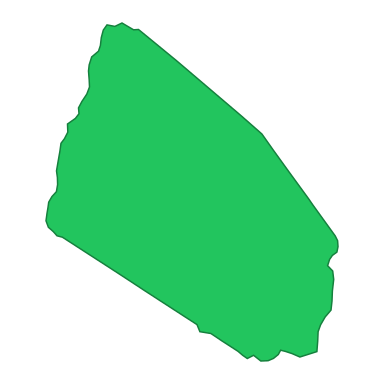 the district of Almadina, Bahia, Brazil
{"feature_id": "56859067B14029450642321", "entity_name": "Almadina", "entity_type": "district", "adm_level": 2, "iso_a3": "BRA", "parent_name": "Brazil", "parent_adm1": "Bahia", "projection": "natural_earth1", "projection_center": [-39.669, -14.695], "detail": "fine", "context": "isolated", "style": "filled", "palette": "green", "viewbox_px": 384, "rotation_deg": 0, "n_neighbors": 0, "source": "geoboundaries", "source_scale": "gbopen_adm2", "svg_char_len": 1105}
<svg xmlns="http://www.w3.org/2000/svg" viewBox="0 0 384 384"><path d="M316.9,351.6L317.7,341.3L318.1,331.7L320.6,324.8L325.2,316.9L331.0,310.1L332.0,301.0L332.4,291.0L333.7,279.4L332.7,271.0L327.6,265.7L329.6,259.4L332.4,255.4L336.9,252.1L338.0,246.7L337.6,240.7L335.2,235.9L312.8,204.9L308.4,198.5L288.7,171.5L273.2,150.0L261.9,134.0L240.5,115.2L176.4,60.6L138.5,29.5L133.6,29.8L129.3,27.3L122.0,23.0L114.9,26.4L107.0,24.9L103.3,30.1L101.3,37.6L100.4,45.5L98.5,51.2L91.7,56.9L89.2,64.8L88.5,71.0L89.2,80.2L89.5,87.0L86.8,94.1L81.9,101.5L78.5,107.9L79.0,113.7L75.4,118.4L67.5,124.0L67.8,132.2L64.4,138.8L61.0,143.3L59.9,151.3L58.1,161.5L56.5,170.9L57.4,177.5L57.6,184.6L56.4,191.7L52.0,196.5L48.7,202.2L48.0,207.4L47.0,213.4L46.0,220.8L48.4,227.3L53.3,231.6L57.0,235.8L62.4,237.2L107.4,266.3L120.2,274.6L126.3,278.6L144.7,290.7L174.6,310.1L197.0,324.6L199.9,331.7L210.9,333.5L222.2,341.1L238.0,351.3L242.7,355.3L247.3,358.5L253.6,355.3L260.8,361.0L268.1,360.7L273.5,358.4L278.3,354.5L280.6,350.2L285.4,351.4L292.1,353.6L299.9,357.0L316.9,351.6Z" fill="#22c55e" stroke="#15803d" stroke-width="1.5"/></svg>